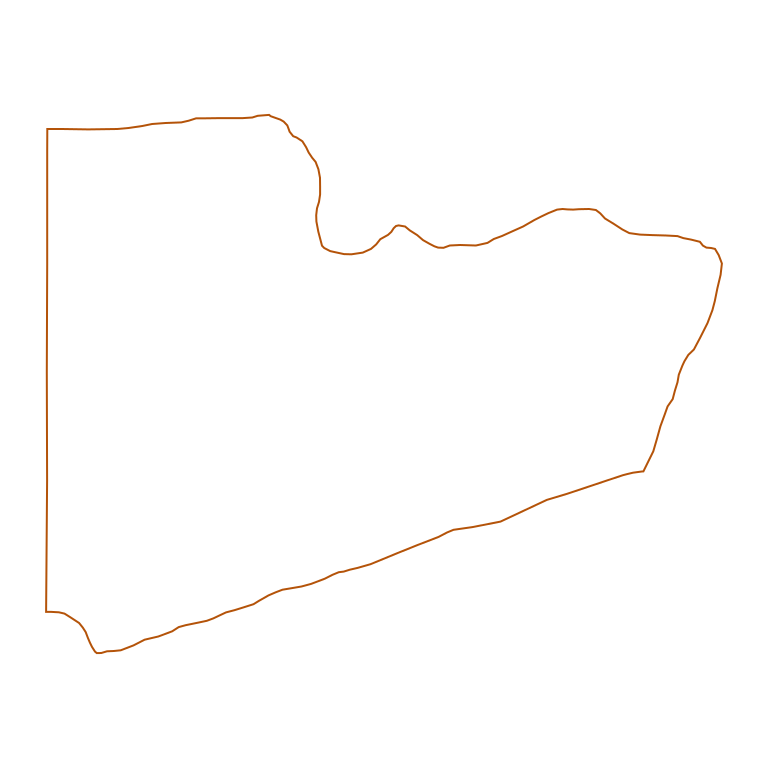 Woleu, Wouleu-Ntem, Gabon
{"feature_id": "22940354B4497534497521", "entity_name": "Woleu", "entity_type": "district", "adm_level": 2, "iso_a3": "GAB", "parent_name": "Gabon", "parent_adm1": "Wouleu-Ntem", "projection": "orthographic", "projection_center": [11.911, 1.389], "detail": "fine", "context": "isolated", "style": "outline", "palette": "amber", "viewbox_px": 768, "rotation_deg": 0, "n_neighbors": 0, "source": "geoboundaries", "source_scale": "gbopen_adm2", "svg_char_len": 2350}
<svg xmlns="http://www.w3.org/2000/svg" viewBox="0 0 768 768"><path d="M47.3,129.0L47.2,151.6L47.2,264.2L46.8,371.5L47.1,480.7L46.1,611.9L51.6,611.9L58.9,612.3L64.5,613.6L70.4,617.3L79.1,623.0L82.8,627.6L85.7,632.1L87.9,637.9L89.9,642.6L92.0,646.9L95.0,651.6L96.8,653.1L101.3,653.0L107.0,651.3L113.8,651.0L120.7,650.3L133.5,645.4L144.6,639.7L158.3,636.5L172.2,631.3L178.7,627.1L185.6,625.2L198.3,622.6L206.8,620.8L213.3,618.4L219.6,615.4L226.0,612.4L234.4,610.2L242.5,607.7L253.5,604.2L259.0,600.8L268.5,595.4L275.7,592.3L282.5,589.7L291.5,588.2L301.5,586.5L311.1,583.9L324.8,578.7L332.5,574.8L338.8,572.2L343.7,571.6L349.8,569.7L357.6,567.9L370.5,564.2L397.7,553.0L417.6,545.0L438.6,536.9L447.0,532.5L453.5,529.8L472.4,527.1L500.5,521.6L524.4,510.4L546.8,499.9L567.1,493.8L589.9,486.2L608.1,480.1L622.9,475.2L627.1,474.1L633.0,472.7L641.8,471.5L643.4,471.4L653.3,451.3L656.8,439.3L660.4,426.3L664.5,415.1L667.6,406.4L672.7,399.1L674.9,390.7L677.5,382.3L678.8,374.7L682.4,365.6L684.4,361.3L688.3,354.9L693.9,349.5L700.1,337.8L707.5,323.1L712.4,310.2L714.8,301.1L717.4,288.2L720.6,274.8L721.9,263.5L718.7,255.1L715.0,248.9L711.1,248.0L706.4,247.6L702.9,245.6L699.9,241.8L691.1,239.6L683.3,238.1L677.5,236.1L666.0,235.5L652.2,235.1L640.1,234.6L629.3,233.1L622.4,229.5L613.8,223.9L605.0,218.5L600.3,213.4L595.9,210.0L589.1,209.0L579.0,209.2L573.2,209.6L567.3,209.4L562.6,209.0L557.1,209.6L548.4,213.1L541.3,216.5L534.4,220.0L523.1,226.5L512.6,231.2L502.0,236.0L493.8,239.0L487.5,242.9L475.9,245.5L460.1,245.0L449.8,245.5L443.5,247.8L438.1,247.6L434.4,246.3L429.7,243.9L423.0,240.1L417.2,235.1L409.8,230.4L405.1,226.5L398.6,225.4L396.0,226.0L393.7,228.2L391.3,231.9L388.0,234.9L380.3,239.2L376.2,244.4L371.0,248.9L362.8,252.6L351.4,254.3L344.0,254.1L334.7,252.1L330.2,251.1L324.2,248.0L322.0,245.7L320.3,239.2L318.3,231.6L316.4,221.5L316.2,215.2L317.0,208.3L319.0,201.9L320.1,194.5L320.1,186.5L320.0,177.8L318.4,169.2L315.6,161.9L312.2,157.8L308.7,152.6L306.1,147.2L302.4,141.3L296.6,137.5L293.2,136.2L289.6,131.7L288.7,129.1L287.3,125.4L283.7,121.6L280.3,119.6L274.9,117.7L270.7,116.2L269.1,114.9L257.7,115.8L252.3,117.5L243.0,118.1L237.0,118.1L221.2,118.1L206.1,118.3L196.2,118.3L188.7,120.7L181.3,122.4L165.6,123.0L152.1,124.0L142.3,126.0L128.5,128.0L117.3,129.0L88.3,129.4L62.0,129.0L47.3,129.0Z" fill="none" stroke="#b45309" stroke-width="2"/></svg>